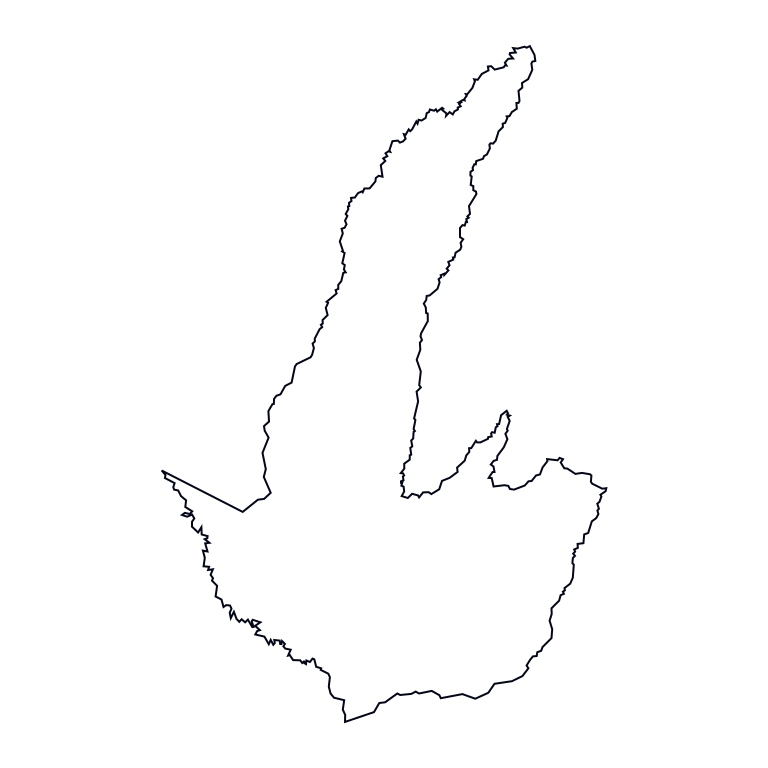 outline of Paranatinga, Mato Grosso, Brazil
{"feature_id": "56859067B44525385628721", "entity_name": "Paranatinga", "entity_type": "district", "adm_level": 2, "iso_a3": "BRA", "parent_name": "Brazil", "parent_adm1": "Mato Grosso", "projection": "mercator", "projection_center": [-54.063, -13.341], "detail": "fine", "context": "isolated", "style": "outline", "palette": "ink", "viewbox_px": 768, "rotation_deg": 0, "n_neighbors": 0, "source": "geoboundaries", "source_scale": "gbopen_adm2", "svg_char_len": 6091}
<svg xmlns="http://www.w3.org/2000/svg" viewBox="0 0 768 768"><path d="M606.3,488.2L602.3,488.7L592.2,483.7L590.9,481.8L591.4,475.5L590.1,474.3L582.0,472.9L575.4,473.9L567.4,468.6L564.3,468.3L560.7,462.5L563.0,459.2L559.6,457.9L557.6,460.3L547.1,459.1L547.4,461.2L542.6,467.4L540.0,474.4L536.0,475.5L531.6,481.0L528.5,481.3L524.8,485.5L514.1,489.6L510.0,489.0L508.3,485.9L504.5,485.2L493.6,486.5L491.7,478.1L488.7,477.9L492.5,472.1L494.5,472.0L493.5,466.5L490.8,464.5L493.6,460.9L497.0,459.8L497.4,455.9L503.8,447.3L507.4,439.2L505.4,433.8L507.7,430.7L506.9,429.0L509.7,420.9L507.7,416.9L509.8,415.6L506.9,414.7L508.0,413.3L506.7,410.8L501.1,415.2L499.1,424.0L497.0,424.2L497.5,426.2L495.8,427.3L494.7,432.7L492.0,432.2L491.1,433.5L491.7,436.5L488.2,437.1L488.0,438.8L480.4,442.4L477.1,442.4L475.9,440.8L471.3,448.1L469.1,448.2L469.3,451.9L466.3,455.4L464.7,460.7L457.1,467.6L457.6,471.9L449.7,477.8L442.0,480.9L439.2,489.3L431.3,494.1L428.7,492.2L423.1,492.4L419.1,497.4L418.0,495.4L412.1,493.8L407.8,498.0L401.7,496.1L404.2,491.4L403.6,486.6L401.4,485.7L402.5,481.9L401.0,482.5L401.0,481.3L403.5,480.2L402.9,476.6L404.1,475.5L403.1,473.4L400.8,473.1L404.3,468.6L404.2,463.7L409.7,459.7L409.8,455.2L411.2,454.7L410.3,447.9L412.3,446.4L411.2,440.5L413.2,438.5L413.6,431.9L414.9,431.0L413.6,429.1L415.4,420.0L414.1,418.5L418.1,401.4L416.6,391.6L420.8,387.5L419.2,385.1L420.8,371.4L416.7,359.8L420.3,349.8L419.9,342.7L422.0,340.1L420.5,336.3L421.1,333.3L427.8,321.1L427.7,313.5L426.1,313.0L425.8,307.5L423.8,303.6L426.2,300.0L426.7,296.0L429.7,295.4L437.5,288.8L439.6,282.4L438.6,279.2L441.2,277.1L440.7,275.2L444.2,273.7L444.3,275.0L448.4,270.4L446.7,268.7L449.5,265.3L448.3,261.9L453.3,259.6L452.9,257.5L454.6,257.3L455.6,252.7L460.2,249.7L461.4,246.7L460.6,242.8L463.2,239.2L460.0,237.1L460.0,228.0L462.5,225.1L464.7,225.6L465.9,221.9L467.0,222.0L466.3,219.1L468.7,217.7L467.4,216.4L470.0,213.9L469.0,206.1L476.4,194.1L476.0,191.6L473.3,190.2L473.3,186.1L470.7,185.0L471.7,176.5L470.4,175.6L470.5,171.8L473.0,170.2L472.6,167.8L474.3,164.3L475.8,164.4L476.2,161.1L483.0,158.8L484.0,156.1L486.9,154.5L489.9,148.4L489.4,144.7L490.5,143.3L493.1,143.6L495.7,140.7L498.6,131.3L502.9,127.1L502.7,123.7L505.2,122.9L507.4,117.8L506.7,116.4L509.5,116.1L511.8,112.1L516.8,108.7L516.4,103.0L518.5,102.9L519.5,101.0L518.5,90.8L522.3,87.6L522.0,83.0L528.1,79.2L532.3,69.8L531.4,63.5L532.4,61.6L535.3,61.0L534.5,54.9L529.8,46.1L526.6,47.7L524.6,46.7L517.7,48.6L513.2,48.1L515.8,52.5L510.0,53.0L509.6,54.4L513.0,58.5L508.2,58.8L504.9,62.7L506.5,65.5L505.1,65.3L503.7,67.3L494.7,69.6L491.2,66.2L487.9,66.5L488.5,70.4L481.8,73.9L477.7,79.8L474.1,79.3L474.9,81.3L472.4,87.9L467.2,94.3L465.8,94.1L466.7,95.8L464.3,99.0L464.7,100.4L462.8,100.0L459.1,102.3L460.7,102.6L459.0,103.9L460.7,106.3L457.7,107.6L457.9,109.5L454.5,111.3L452.8,114.4L449.6,112.1L446.1,115.8L446.5,113.5L441.3,109.2L443.1,108.6L442.1,107.8L437.2,111.6L435.9,109.3L434.1,110.7L429.9,109.5L428.9,112.2L426.8,113.0L425.6,118.0L421.6,120.5L418.6,119.8L417.5,123.6L416.3,121.5L412.1,129.4L410.2,131.2L408.7,129.4L405.7,134.7L403.9,134.2L405.6,138.7L403.0,141.4L399.9,142.6L397.9,140.6L392.4,141.2L389.4,150.3L390.2,151.8L388.4,151.3L385.5,153.3L387.3,156.2L383.2,158.4L385.3,161.0L380.8,165.1L382.5,176.7L378.7,175.8L375.8,178.0L375.4,181.4L369.6,188.4L364.4,188.5L362.7,192.3L361.9,191.4L358.0,193.1L354.9,197.5L351.0,197.9L351.5,201.0L349.0,202.8L349.3,206.1L347.9,206.5L348.3,209.2L345.7,214.0L347.4,215.9L345.0,220.7L346.5,224.3L344.6,227.8L341.6,228.8L342.8,233.4L339.8,241.4L342.9,250.7L342.1,251.4L344.6,253.0L342.3,263.3L344.8,265.1L343.9,269.4L345.7,272.4L343.3,272.8L341.3,281.1L338.2,285.0L338.3,288.9L335.6,290.1L336.6,293.5L326.6,301.8L328.1,302.8L325.8,307.9L327.6,315.1L322.6,320.0L322.7,323.6L320.9,324.8L322.2,327.1L319.6,329.2L314.8,338.5L314.8,341.5L312.6,343.6L313.9,348.1L312.1,354.8L310.6,357.3L296.7,364.0L295.0,366.4L291.6,382.6L285.2,385.9L280.5,394.3L276.4,395.8L274.1,398.8L273.8,404.0L272.4,404.2L268.4,411.1L269.0,421.6L264.0,426.1L264.7,430.7L268.6,437.6L262.5,452.9L265.8,469.1L263.8,476.9L270.7,492.8L264.1,498.9L257.9,499.7L242.7,511.9L161.7,470.5L165.5,475.0L164.9,478.0L174.6,483.1L173.3,487.2L174.1,489.6L178.2,490.5L181.1,496.2L186.1,500.3L185.3,507.0L192.2,511.3L189.9,514.0L184.8,512.9L182.0,515.0L187.1,516.7L192.1,514.6L194.3,518.4L192.0,521.8L192.0,526.7L198.1,532.5L201.4,527.2L201.7,534.5L207.6,536.1L207.3,538.2L204.7,539.2L209.4,542.8L205.2,543.4L207.5,551.5L202.9,550.6L204.8,557.8L203.6,566.3L209.1,566.8L208.1,570.0L212.9,569.3L210.6,574.8L213.0,578.2L212.0,580.6L217.1,585.8L215.6,596.5L221.5,599.5L223.5,607.0L226.2,605.1L230.0,605.5L231.5,608.6L229.7,612.7L230.8,618.1L233.9,611.8L236.5,618.9L239.3,621.8L241.6,619.3L245.1,622.3L247.9,619.6L252.3,627.1L253.6,626.9L251.7,621.4L252.7,619.8L260.4,622.3L255.1,625.8L259.9,630.1L257.1,631.1L255.3,634.5L264.4,636.6L268.8,644.2L270.7,639.9L273.3,644.8L274.8,643.0L274.3,640.0L279.7,640.6L280.2,644.0L281.4,644.1L282.0,641.0L284.9,643.9L283.4,646.4L285.3,648.6L290.7,649.7L288.1,655.6L289.8,655.1L293.1,660.1L300.2,660.3L302.2,663.0L304.6,660.9L303.8,662.7L306.0,664.1L306.4,660.5L309.9,662.0L312.5,658.6L314.3,659.3L316.2,666.8L321.2,668.3L320.7,669.9L328.3,673.7L329.9,677.1L328.8,686.7L330.6,693.6L334.0,697.7L344.2,700.2L342.8,709.6L345.2,714.9L345.0,721.9L374.0,712.1L379.3,703.0L385.1,702.3L397.3,693.5L400.2,695.0L411.3,693.9L415.7,691.6L419.0,693.5L431.7,690.9L439.4,695.2L440.8,698.2L462.4,694.1L475.3,698.7L488.3,692.8L494.5,683.8L511.9,681.2L522.4,676.1L528.4,668.3L526.6,665.5L530.1,659.8L532.9,656.4L536.7,656.0L537.3,652.2L541.2,650.8L542.5,647.1L551.5,638.1L552.2,629.2L549.6,620.7L551.7,614.0L551.5,608.3L559.1,600.7L560.6,595.2L563.9,593.8L562.9,591.7L564.9,590.3L564.5,588.1L570.2,583.7L572.8,577.8L573.8,564.7L572.4,563.1L572.9,557.9L575.0,555.8L573.2,553.7L575.1,551.6L574.2,549.5L577.8,547.9L577.6,543.9L583.4,543.2L584.2,534.4L588.2,533.0L591.8,521.4L596.2,518.1L598.4,514.1L597.4,510.5L598.9,508.8L597.3,503.7L599.5,501.8L601.4,496.5L600.4,494.8L605.6,491.2L606.3,488.2Z" fill="none" stroke="#020617" stroke-width="2"/></svg>